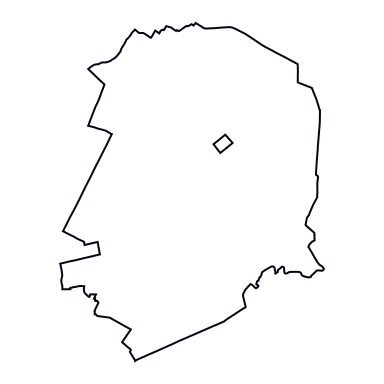 Ghiroda, Timis, Romania
{"feature_id": "2599482B97813764810262", "entity_name": "Ghiroda", "entity_type": "district", "adm_level": 2, "iso_a3": "ROU", "parent_name": "Romania", "parent_adm1": "Timis", "projection": "albers", "projection_center": [21.315, 45.786], "detail": "fine", "context": "isolated", "style": "outline", "palette": "ink", "viewbox_px": 384, "rotation_deg": 0, "n_neighbors": 0, "source": "geoboundaries", "source_scale": "gbopen_adm2", "svg_char_len": 5820}
<svg xmlns="http://www.w3.org/2000/svg" viewBox="0 0 384 384"><path d="M311.6,275.4L311.9,275.3L313.9,273.3L315.6,271.8L316.6,270.7L317.2,270.4L317.7,270.4L319.5,270.5L321.2,270.7L322.4,270.7L322.9,270.3L323.5,269.8L323.8,269.1L323.8,268.7L323.3,267.8L322.8,267.1L321.8,266.1L320.4,265.4L319.4,264.6L318.4,263.5L317.1,261.7L309.5,248.6L308.4,247.0L309.1,245.2L309.9,244.0L311.0,242.7L312.6,241.4L314.5,240.5L314.5,236.0L314.4,233.3L314.3,232.9L314.2,232.7L312.6,231.3L306.3,225.8L305.7,225.1L305.5,224.6L305.7,224.2L306.5,220.1L306.9,217.9L307.3,217.3L307.6,216.7L308.8,215.5L310.0,212.1L313.4,204.3L315.6,200.3L317.3,197.0L317.1,194.8L317.1,194.4L317.5,193.3L317.4,192.7L317.3,183.8L317.4,181.8L317.5,181.4L318.0,177.7L318.0,177.2L318.0,176.8L317.8,176.3L317.4,175.8L315.9,174.7L316.4,166.9L316.7,162.1L317.2,155.7L317.7,150.2L317.8,147.2L319.1,131.0L319.4,127.6L319.8,122.5L320.0,110.3L319.7,110.2L318.3,105.3L316.3,99.0L315.3,96.6L311.8,87.9L308.4,86.6L304.2,84.9L301.2,83.8L297.8,82.4L297.8,74.7L297.9,72.2L297.7,64.1L289.8,59.9L285.1,57.3L277.4,53.4L272.3,50.6L267.5,48.1L262.6,45.4L253.2,39.1L246.3,34.5L244.7,33.6L241.3,31.8L240.4,31.4L235.5,28.9L233.3,28.0L232.6,27.6L230.2,27.2L229.1,27.1L221.6,27.6L220.0,27.7L215.1,28.1L207.1,28.5L206.0,28.6L205.4,28.5L204.4,28.3L203.7,28.0L202.7,27.5L202.7,27.3L195.6,23.0L193.6,25.5L191.5,24.2L188.9,25.8L188.4,26.0L187.8,26.2L187.4,26.2L187.0,26.2L186.5,25.9L184.8,27.1L183.6,27.9L180.4,30.2L179.3,30.9L178.7,31.1L177.0,30.1L176.1,31.0L171.0,27.5L167.9,26.6L166.6,26.4L166.4,26.2L166.1,26.3L165.9,26.5L164.0,30.0L163.8,30.1L163.5,30.1L163.2,30.0L163.0,29.8L162.6,29.7L160.8,30.7L160.5,30.9L160.2,31.8L159.9,32.2L159.6,32.9L159.3,33.4L155.2,30.6L151.3,37.5L150.8,37.8L144.9,33.9L143.4,33.0L139.0,33.0L135.0,29.6L131.9,32.8L131.7,33.1L131.5,33.5L130.7,34.9L130.5,35.3L128.2,38.0L127.8,38.4L127.2,38.9L126.8,39.3L126.4,39.7L126.3,40.0L125.5,41.6L125.0,42.6L124.2,44.3L123.6,45.2L123.1,45.8L122.6,46.6L122.0,47.6L121.3,48.9L120.8,50.1L120.5,51.4L119.8,52.4L119.0,53.3L118.6,53.9L117.5,55.3L116.2,56.8L115.6,57.3L114.9,57.9L114.2,58.4L113.3,59.0L112.7,59.3L112.2,59.6L111.4,60.2L109.9,61.1L109.2,61.4L108.2,61.8L106.3,62.3L105.6,62.5L105.0,62.4L103.7,62.4L102.5,62.5L101.9,62.5L100.6,63.0L99.1,63.9L98.7,64.1L98.0,64.2L96.8,64.3L95.7,64.5L94.8,64.6L94.2,64.8L93.8,65.0L92.8,65.6L90.9,66.8L88.3,68.9L88.2,69.0L100.0,80.4L104.5,84.5L102.1,90.8L101.5,92.3L100.2,95.9L99.1,98.9L98.4,100.5L97.7,102.2L95.3,107.2L92.8,113.6L91.9,115.9L88.2,125.8L93.6,127.1L97.6,128.5L99.2,128.9L102.2,129.7L105.0,130.4L106.2,131.0L108.0,132.0L111.0,133.9L111.8,134.1L106.9,144.3L99.8,158.3L97.2,163.5L96.3,165.1L95.6,166.5L91.6,174.8L90.3,177.3L88.3,181.3L86.2,185.4L85.2,187.3L84.5,188.9L83.7,190.4L79.8,198.5L76.2,205.7L73.4,211.0L72.2,213.3L69.6,218.0L68.2,220.9L64.2,228.9L63.0,231.3L64.4,231.9L67.2,233.4L73.4,236.4L75.5,237.6L75.9,238.0L78.1,239.1L84.0,241.8L84.6,245.0L94.3,242.7L97.6,242.0L98.4,246.5L99.9,254.4L92.0,256.3L83.7,258.2L80.5,259.0L76.0,260.1L70.2,261.3L60.2,263.7L60.6,265.1L60.7,266.3L60.9,267.2L61.1,267.8L61.5,269.6L61.8,271.9L62.0,273.4L62.2,274.9L62.2,275.6L62.2,276.1L62.0,277.0L61.7,278.2L61.4,279.2L61.3,280.2L61.3,281.2L61.4,282.0L61.5,282.8L61.8,284.0L62.0,284.9L62.3,285.7L62.4,289.3L70.3,289.2L70.1,288.4L70.1,288.1L70.3,288.0L70.6,287.9L72.3,287.5L74.2,287.0L75.5,286.9L78.4,286.2L81.0,286.0L82.4,286.1L84.2,286.1L84.0,288.1L83.9,289.3L84.0,290.9L84.2,291.7L84.4,292.4L84.6,292.7L85.2,293.5L86.8,295.1L88.2,296.3L88.8,296.7L89.4,296.9L90.2,294.4L96.0,294.4L94.0,298.6L95.1,298.6L95.0,300.4L95.8,300.5L95.8,301.0L97.3,301.0L98.4,302.9L96.9,305.9L95.8,308.2L94.5,311.1L94.8,311.5L94.7,313.0L94.6,314.3L96.0,314.5L96.8,315.5L97.4,315.9L97.9,316.1L101.2,316.5L108.6,317.5L110.0,317.8L110.7,318.1L112.1,319.0L125.1,326.3L130.1,329.0L130.7,329.3L130.9,329.5L129.3,331.7L122.8,341.1L122.1,342.2L123.5,343.4L126.6,346.1L127.8,347.2L129.9,348.8L130.7,349.5L130.8,349.8L130.8,350.0L130.6,350.5L129.9,351.8L130.9,353.6L134.7,359.8L135.1,361.0L136.0,360.2L146.8,355.4L157.4,350.8L164.0,347.8L171.7,344.4L181.0,340.1L204.8,329.8L212.3,326.5L215.9,325.0L224.6,321.2L225.6,320.1L235.4,313.7L242.2,309.2L245.4,307.4L245.7,307.0L243.0,296.0L242.9,295.6L243.1,294.8L243.5,293.1L244.1,292.3L244.5,291.2L245.0,290.5L245.4,289.6L246.0,288.9L249.7,285.0L250.5,284.1L251.6,284.7L251.9,284.8L252.6,285.4L252.7,285.5L253.4,286.0L255.0,287.7L255.9,288.2L256.5,288.0L257.4,287.4L257.6,287.2L257.9,286.9L258.3,286.4L258.3,286.0L258.3,285.7L258.2,285.5L258.0,285.2L257.7,285.1L257.3,285.0L256.8,284.7L256.4,284.4L256.4,283.6L256.5,283.4L256.8,282.1L257.0,281.9L257.0,281.6L257.2,281.4L257.3,281.2L257.7,280.9L258.5,280.7L258.6,280.1L258.7,279.6L258.8,279.1L259.0,278.8L259.2,278.3L259.4,277.7L259.5,277.4L260.4,276.9L260.4,276.6L261.0,275.8L262.1,272.4L262.3,272.0L262.7,271.7L264.5,270.5L264.8,270.3L271.0,266.7L271.4,266.6L273.2,266.4L274.0,267.1L274.3,267.3L274.4,267.6L274.6,268.2L275.3,271.8L275.4,272.3L275.2,273.4L275.4,273.7L275.5,273.7L275.9,273.4L276.5,272.8L277.7,272.0L277.8,271.6L277.9,271.3L277.9,270.9L278.0,270.0L278.3,269.7L278.5,269.5L279.1,269.2L280.4,268.2L281.9,266.7L283.2,266.8L283.5,267.0L283.8,267.5L284.0,267.9L284.1,268.1L284.2,270.8L284.2,271.8L284.4,272.2L284.4,272.6L284.5,272.9L285.0,273.2L285.3,273.5L285.9,273.6L286.7,273.4L287.4,273.1L288.6,272.4L289.0,272.2L289.5,272.0L290.0,272.0L291.0,271.9L294.3,271.9L298.1,271.9L299.4,272.1L300.3,272.3L300.6,272.6L300.8,272.8L301.0,273.1L301.2,273.7L301.4,274.1L301.6,274.7L301.9,275.2L302.1,275.4L302.6,275.7L303.5,276.1L304.8,276.5L305.3,276.7L306.0,276.8L306.6,277.0L307.3,277.2L308.6,277.4L309.0,277.4L309.5,277.4L309.9,277.3L310.3,277.1L310.6,277.0L311.0,276.6L311.3,275.9L311.3,275.7L311.6,275.4ZM232.6,143.0L220.3,153.0L213.5,144.2L225.3,134.7L232.6,143.0Z" fill="none" stroke="#020617" stroke-width="2"/></svg>